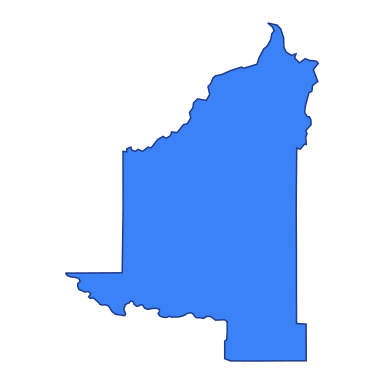 the district of Elmore, Idaho, United States of America
{"feature_id": "52423323B11139746059105", "entity_name": "Elmore", "entity_type": "district", "adm_level": 2, "iso_a3": "USA", "parent_name": "United States of America", "parent_adm1": "Idaho", "projection": "equal_earth", "projection_center": [-115.613, 43.433], "detail": "fine", "context": "isolated", "style": "filled", "palette": "blue", "viewbox_px": 384, "rotation_deg": 0, "n_neighbors": 0, "source": "geoboundaries", "source_scale": "gbopen_adm2", "svg_char_len": 2348}
<svg xmlns="http://www.w3.org/2000/svg" viewBox="0 0 384 384"><path d="M314.4,60.7L310.3,60.6L305.1,58.7L299.5,62.9L294.6,57.9L296.0,53.9L291.3,55.3L286.1,52.0L283.9,47.2L283.6,37.6L280.6,28.8L277.2,25.1L267.8,23.0L272.3,26.9L274.3,30.7L271.8,33.8L270.7,39.7L267.1,46.2L263.7,49.0L259.0,57.9L257.0,64.2L243.5,68.3L241.5,67.0L230.1,70.8L221.2,74.7L215.5,75.8L213.0,77.9L210.6,84.0L208.0,86.5L209.7,94.5L206.3,100.4L197.5,98.9L193.5,102.9L192.9,107.8L189.5,112.3L190.8,118.0L187.2,123.8L183.6,124.5L177.2,132.6L171.5,131.9L170.7,135.5L166.1,138.3L163.0,136.4L157.8,139.4L151.2,147.8L148.0,147.1L142.4,151.4L138.3,149.4L135.3,151.2L131.9,150.3L130.9,147.1L126.9,148.7L126.7,151.8L123.0,151.3L123.1,208.8L122.2,272.8L66.0,273.1L65.8,273.8L67.6,275.7L70.1,276.7L73.6,277.2L77.6,277.9L79.3,279.4L80.2,281.3L79.2,282.3L77.9,283.4L77.6,286.1L78.9,289.4L81.2,290.4L84.6,292.0L87.5,291.6L89.2,292.1L90.7,293.9L89.5,295.7L88.6,297.0L90.2,298.3L91.6,298.1L93.5,298.0L97.0,301.1L98.9,302.8L100.1,304.5L102.3,305.0L105.3,304.8L108.5,305.9L110.6,309.2L112.1,311.6L113.5,312.6L115.2,314.2L117.8,314.7L120.3,314.9L122.6,315.3L123.8,315.7L125.0,315.4L125.6,313.8L124.9,311.9L123.6,309.5L124.4,307.6L125.2,304.9L126.9,303.7L129.2,302.9L130.5,301.2L132.2,301.2L133.0,301.9L134.2,304.4L136.5,306.2L138.8,306.0L140.7,304.7L142.7,305.1L144.5,308.1L147.6,309.3L150.0,309.0L152.1,308.5L154.6,308.4L157.1,308.4L159.3,309.5L159.5,312.1L158.1,313.5L159.7,315.9L162.0,316.9L165.3,317.4L167.3,317.2L169.1,316.2L171.4,317.1L174.4,317.0L178.1,317.0L180.9,316.4L182.8,315.9L184.6,315.1L186.7,313.7L188.9,312.9L191.7,313.0L193.8,314.7L194.8,316.5L196.3,317.6L198.1,317.8L199.7,317.7L201.6,318.0L203.4,318.3L204.0,318.3L204.6,317.5L205.6,316.9L206.7,316.6L209.8,316.3L211.8,317.3L213.6,318.6L215.6,320.2L218.0,320.0L220.7,320.0L223.0,319.8L224.8,319.9L227.1,321.6L227.2,331.5L226.7,339.7L224.7,341.1L224.7,356.2L224.7,358.7L230.5,360.9L237.2,360.9L246.3,361.0L256.9,361.0L271.8,360.9L289.2,360.8L301.9,360.8L306.2,360.8L306.1,324.1L296.5,323.5L296.4,251.2L296.2,207.4L296.7,148.0L300.2,149.2L304.4,144.3L306.3,144.4L305.7,137.3L307.0,133.8L305.8,130.6L311.1,124.6L310.9,119.9L309.3,116.7L307.2,116.7L304.6,112.3L305.3,106.6L308.9,92.7L311.9,91.2L312.6,85.5L314.8,83.7L317.8,81.5L313.3,69.6L318.2,63.5L316.7,61.4L314.4,60.7Z" fill="#3b82f6" stroke="#1e3a8a" stroke-width="1.5"/></svg>